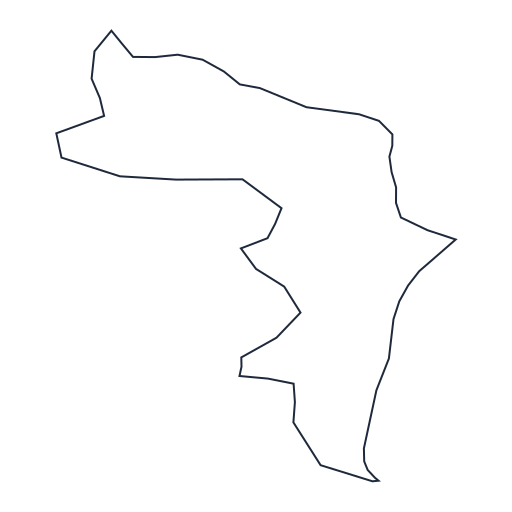 the Province of Espaillat, rotated 90°
{"feature_id": "DOM-1967", "entity_name": "Espaillat", "entity_type": "Province", "adm_level": 1, "iso_a3": "DOM", "parent_name": "Dominican Republic", "parent_adm1": "", "projection": "robinson", "projection_center": [-70.375, 19.514], "detail": "fine", "context": "isolated", "style": "outline", "palette": "slate", "viewbox_px": 512, "rotation_deg": 90, "n_neighbors": 0, "source": "natural_earth", "source_scale": "10m", "svg_char_len": 857}
<svg xmlns="http://www.w3.org/2000/svg" viewBox="0 0 512 512"><g transform="rotate(90 256 256)"><path d="M239.5,56.3L271.2,92.8L285.5,103.9L301.3,112.7L319.1,118.5L358.5,123.1L390.3,135.6L448.4,148.1L461.4,147.8L470.0,144.3L477.7,137.1L480.7,133.5L481.3,139.5L465.2,191.4L422.4,218.6L402.2,217.1L383.7,218.4L378.6,244.0L376.0,272.5L366.7,270.5L357.4,270.7L337.7,235.5L312.6,211.5L286.6,227.8L268.9,256.0L248.4,271.1L238.2,244.5L223.9,236.9L208.2,230.5L179.3,269.5L179.6,336.0L176.3,392.1L157.6,450.5L133.3,455.7L115.9,407.9L98.1,412.1L78.7,420.4L51.3,417.5L30.7,400.6L43.6,390.1L56.9,379.0L57.1,357.0L54.7,334.3L59.7,309.4L71.5,288.1L84.4,272.2L88.1,252.1L107.2,205.6L114.3,152.8L120.9,133.0L134.4,119.6L145.8,119.7L156.6,122.6L172.1,120.4L187.4,115.9L202.9,116.0L217.5,111.1L230.2,84.5L239.5,56.3Z" fill="none" stroke="#1e293b" stroke-width="2"/></g></svg>